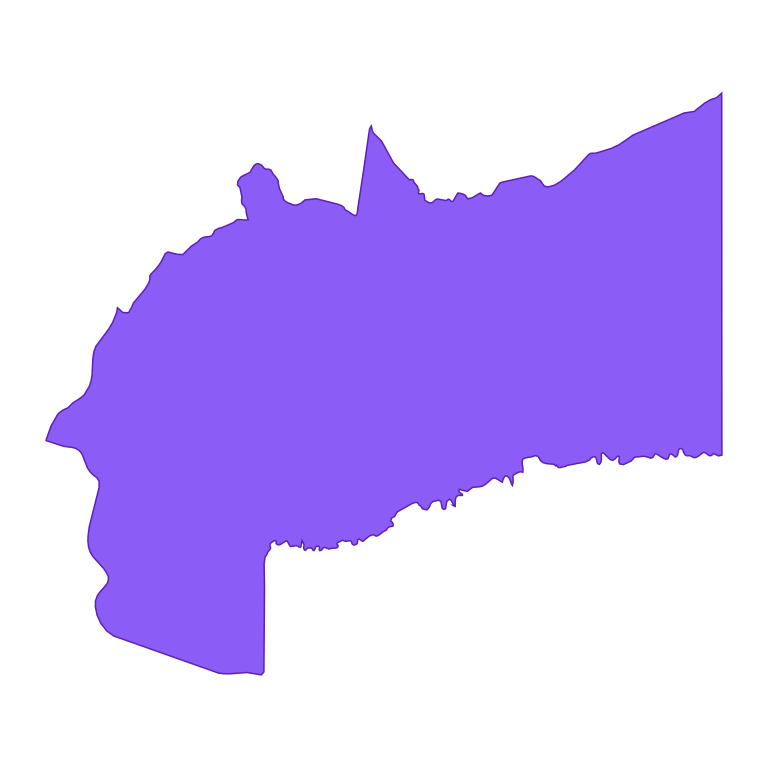 map outline of Meta (orthographic projection)
{"feature_id": "COL-1425", "entity_name": "Meta", "entity_type": "Department", "adm_level": 1, "iso_a3": "COL", "parent_name": "Colombia", "parent_adm1": "", "projection": "orthographic", "projection_center": [-72.97, 3.272], "detail": "fine", "context": "isolated", "style": "filled", "palette": "violet", "viewbox_px": 768, "rotation_deg": 0, "n_neighbors": 0, "source": "natural_earth", "source_scale": "10m", "svg_char_len": 5885}
<svg xmlns="http://www.w3.org/2000/svg" viewBox="0 0 768 768"><path d="M46.1,440.6L46.3,439.4L51.1,425.8L57.1,415.4L59.0,412.9L63.0,410.1L68.2,407.6L72.6,403.1L81.1,397.6L84.2,394.8L89.5,386.0L91.2,380.4L92.1,374.4L92.8,359.7L93.7,352.5L95.9,346.3L108.8,329.0L112.7,322.3L116.6,312.8L117.5,307.7L122.6,312.4L127.6,312.8L129.1,312.0L129.8,310.6L130.2,309.6L131.3,308.1L133.5,302.9L145.1,289.0L148.5,283.3L150.0,279.3L149.8,277.2L149.9,275.5L151.6,273.4L154.9,270.1L159.3,264.7L161.6,261.0L165.1,253.8L167.8,252.0L177.3,254.3L182.8,254.6L191.3,246.2L197.7,242.0L200.5,238.9L203.4,237.4L206.1,236.8L208.5,236.7L211.5,235.9L213.2,233.8L214.8,230.4L218.7,228.3L221.9,227.6L233.9,222.4L235.5,220.8L237.2,219.6L241.2,219.6L243.2,220.0L248.2,219.9L246.5,214.1L246.2,212.0L246.1,209.4L244.7,206.6L242.0,203.8L241.6,202.0L241.5,200.2L241.9,196.9L239.9,187.4L237.5,185.0L237.9,181.3L239.0,179.5L240.8,177.1L242.1,176.2L246.4,174.2L250.3,172.1L251.4,169.8L253.9,165.8L255.7,164.2L257.9,163.6L259.7,164.2L261.6,165.2L262.8,166.5L263.5,167.6L265.4,169.2L267.9,169.1L269.5,169.4L271.0,170.2L273.0,173.9L275.2,176.3L277.6,179.7L278.3,181.3L278.4,183.6L279.4,188.5L283.2,196.9L283.4,199.0L284.2,200.2L285.7,201.5L287.7,202.7L290.4,203.7L292.4,204.7L294.9,205.2L297.6,204.7L300.6,203.5L305.1,199.9L316.2,198.7L337.8,204.2L341.7,205.7L343.9,207.3L344.9,209.5L345.7,210.2L347.9,211.3L352.5,214.5L355.2,215.7L356.3,215.1L357.2,213.4L357.7,209.1L363.5,170.9L369.5,129.1L371.3,125.9L372.4,131.2L373.4,133.1L381.5,141.0L393.5,162.9L409.2,179.7L411.9,179.5L412.8,179.7L413.6,180.4L413.5,181.2L414.2,182.6L417.2,186.0L417.8,187.4L417.8,188.6L419.0,190.1L418.8,191.6L418.6,192.6L418.6,193.7L419.9,194.0L421.2,193.6L422.7,193.4L424.0,194.1L424.2,195.5L424.9,200.4L428.9,202.6L430.2,203.0L432.1,202.7L433.1,202.0L435.5,199.7L437.0,199.1L438.6,199.2L445.4,200.4L446.7,200.3L447.4,199.8L447.9,199.3L448.4,199.1L449.7,199.7L450.7,200.8L451.8,201.6L453.2,201.0L457.1,194.1L458.1,193.0L460.0,193.3L462.7,194.0L464.9,195.0L465.9,196.1L467.7,198.9L472.0,197.8L480.3,193.0L483.6,195.4L488.1,196.0L492.1,195.0L499.7,183.2L502.0,182.2L530.2,176.0L532.2,176.0L534.1,176.7L540.9,181.0L542.3,183.5L544.3,186.0L547.8,187.0L554.4,185.2L561.2,181.1L574.6,169.9L588.3,154.9L590.1,153.5L591.9,153.2L593.9,153.3L596.1,153.1L611.8,148.2L619.3,144.6L633.0,135.1L684.1,113.0L694.5,111.4L696.0,109.9L704.6,103.2L709.4,100.3L712.4,99.0L714.7,98.4L717.0,97.4L721.7,93.1L721.8,368.0L721.9,455.1L718.5,455.9L714.8,454.1L713.4,453.6L712.2,454.9L710.6,455.8L708.7,455.4L706.9,453.9L704.9,452.6L703.3,452.4L697.3,456.9L695.2,457.6L693.5,457.5L691.3,456.3L689.6,455.7L686.5,455.7L684.9,454.6L683.6,452.5L682.9,450.0L681.4,448.6L679.6,448.6L678.6,450.2L677.6,454.8L676.5,456.6L675.1,457.0L673.4,455.4L671.9,454.1L670.2,454.0L669.2,455.2L668.7,457.0L667.9,458.8L665.8,459.2L662.4,457.7L656.5,453.9L655.0,453.8L652.8,457.5L650.5,458.1L646.7,456.8L643.2,456.2L638.6,456.9L636.1,456.9L634.2,457.5L632.9,459.2L631.0,461.1L623.4,464.6L619.7,463.9L618.8,462.0L619.3,457.2L618.7,456.2L617.6,456.3L616.2,457.6L614.8,459.2L612.7,460.3L610.1,459.5L603.6,453.1L602.2,452.9L601.3,454.1L601.5,459.4L600.8,462.6L599.3,464.4L597.5,463.5L596.2,458.3L594.9,456.8L593.5,456.6L591.1,458.0L589.4,460.1L585.6,461.9L570.3,464.8L567.5,465.3L566.8,465.5L566.2,466.1L565.2,466.4L562.8,466.9L560.3,467.6L558.2,467.4L556.7,465.2L555.9,466.0L553.9,464.3L547.1,463.7L543.0,462.6L540.5,460.7L538.1,456.4L535.5,455.6L531.8,456.8L525.0,458.0L523.0,459.0L522.1,461.5L522.3,464.9L523.0,467.9L522.8,472.2L522.6,472.1L520.2,471.8L517.9,472.5L515.6,473.7L513.2,475.4L512.7,476.6L513.1,478.5L513.1,482.2L512.4,485.5L511.7,484.6L509.5,478.5L506.9,475.9L504.9,476.1L503.4,478.5L502.3,482.2L495.4,478.1L492.3,478.4L485.3,484.5L482.5,486.1L479.3,486.8L473.2,487.3L471.6,488.0L467.5,491.3L466.5,491.3L465.4,490.8L463.5,490.6L461.9,490.2L460.4,489.5L459.3,489.5L458.8,491.2L459.3,492.0L460.3,492.9L461.5,493.7L462.4,494.2L462.4,495.4L457.9,495.5L455.8,497.6L455.2,501.4L455.2,506.4L453.3,505.6L452.7,505.2L453.9,505.2L451.0,500.2L449.3,499.2L446.8,501.5L445.5,508.8L443.7,509.4L442.6,508.7L442.0,507.4L440.9,501.4L438.7,500.3L432.9,501.5L430.8,503.4L429.3,507.2L426.9,509.9L422.5,508.8L420.9,506.3L419.3,505.2L417.5,502.6L415.6,502.4L412.3,503.4L397.1,512.0L395.7,514.4L394.7,516.4L391.6,518.1L390.7,520.9L391.7,521.7L392.7,522.9L393.3,524.6L392.8,526.2L389.0,526.9L387.4,528.4L386.2,530.2L383.1,531.7L379.4,534.7L376.9,536.1L375.2,535.8L374.1,534.9L372.5,534.9L369.7,535.8L366.2,538.5L363.7,540.9L362.5,541.3L361.0,540.4L360.0,539.5L358.6,539.1L357.6,539.9L357.5,542.7L356.7,544.1L355.0,544.9L353.5,545.0L352.1,543.9L351.7,542.5L351.1,541.2L350.0,540.7L345.5,541.4L342.6,540.2L337.0,543.1L336.8,544.1L338.0,545.4L338.0,546.9L336.4,548.0L332.0,548.3L329.0,549.0L324.5,547.4L323.1,547.9L322.3,549.1L321.2,550.3L319.9,550.7L319.2,549.6L319.5,547.1L318.5,546.2L316.5,546.3L315.5,547.5L314.8,549.4L314.1,550.6L313.1,550.4L312.3,548.8L310.8,548.0L307.8,548.0L306.5,549.3L305.3,550.3L304.5,550.1L303.8,548.8L303.7,546.5L304.1,544.7L302.1,540.6L301.0,546.3L300.3,547.4L299.0,547.1L297.9,546.1L296.3,545.7L290.5,546.5L289.6,545.4L287.8,542.1L287.0,541.1L285.9,541.0L280.6,544.3L278.7,544.9L277.3,544.7L276.2,543.5L276.2,542.0L276.0,540.7L275.0,540.5L273.5,541.1L271.4,542.6L270.0,544.0L270.0,545.9L270.5,547.3L270.4,548.7L269.5,550.1L267.8,552.1L266.4,555.4L265.1,556.8L264.1,563.9L264.5,586.5L263.9,671.9L261.4,674.9L246.9,672.5L230.1,673.8L223.6,673.7L218.6,673.1L114.0,636.1L107.0,631.2L100.9,623.5L97.1,615.1L95.4,607.0L95.5,600.9L97.4,595.5L100.7,591.0L104.6,586.8L107.3,583.3L108.4,580.0L108.3,576.4L106.5,572.7L103.8,568.7L93.1,556.8L90.3,552.3L88.6,547.2L87.9,540.9L88.1,535.3L89.3,526.5L99.1,487.5L99.1,481.2L96.9,477.7L93.5,475.2L90.1,471.9L87.5,468.0L82.4,455.0L80.8,452.3L78.7,450.1L75.5,448.3L72.0,447.4L63.6,446.3L46.1,440.6Z" fill="#8b5cf6" stroke="#5b21b6" stroke-width="1.5"/></svg>